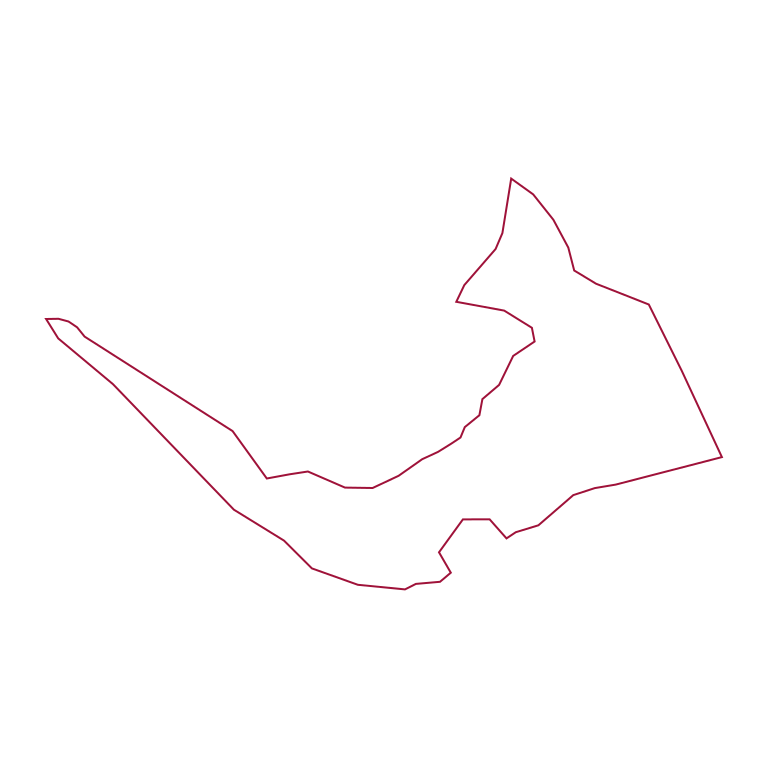 West Grand Bahama, orthographic projection
{"feature_id": "BHS-5011", "entity_name": "West Grand Bahama", "entity_type": "District", "adm_level": 1, "iso_a3": "BHS", "parent_name": "The Bahamas", "parent_adm1": "", "projection": "orthographic", "projection_center": [-78.67, 26.651], "detail": "fine", "context": "isolated", "style": "outline", "palette": "rose", "viewbox_px": 768, "rotation_deg": 0, "n_neighbors": 0, "source": "natural_earth", "source_scale": "10m", "svg_char_len": 805}
<svg xmlns="http://www.w3.org/2000/svg" viewBox="0 0 768 768"><path d="M721.9,457.1L615.7,484.6L594.8,488.1L573.3,495.1L538.4,525.3L515.8,532.2L506.5,538.4L489.6,519.3L462.9,519.4L439.0,552.3L450.8,572.7L440.0,581.8L415.9,583.9L405.0,589.4L357.9,584.8L311.9,568.4L284.0,540.6L233.9,509.7L113.0,384.2L58.2,338.4L46.1,319.0L58.5,318.8L68.5,321.5L77.1,327.3L84.6,336.6L232.6,431.1L266.8,478.5L289.6,474.3L307.9,471.5L345.0,487.6L372.6,488.0L398.6,475.8L422.2,459.2L438.0,451.9L451.5,443.5L460.5,437.5L464.8,427.1L479.4,415.2L482.4,399.1L499.1,384.9L513.2,355.9L534.6,341.5L531.9,327.8L504.2,310.6L456.3,301.8L464.3,285.1L495.6,249.0L502.4,233.1L511.2,178.6L533.2,194.4L553.4,219.8L568.3,247.6L574.2,270.5L596.0,283.7L648.8,304.5L681.8,370.9L721.9,457.1Z" fill="none" stroke="#9f1239" stroke-width="2"/></svg>